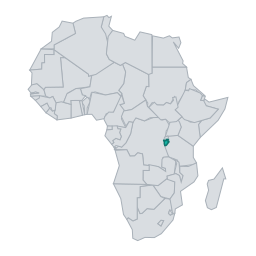 Burundi on a map of Africa (Mercator projection)
{"feature_id": "BDI", "entity_name": "Burundi", "entity_type": "country or territory", "adm_level": 0, "iso_a3": "BDI", "parent_name": "Africa", "parent_adm1": "", "projection": "mercator", "projection_center": [29.996, -3.384], "detail": "fine", "context": "in_parent", "style": "filled", "palette": "teal", "viewbox_px": 256, "rotation_deg": 0, "n_neighbors": 49, "source": "natural_earth", "source_scale": "50m", "svg_char_len": 10632}
<svg xmlns="http://www.w3.org/2000/svg" viewBox="0 0 256 256"><path d="M177.9,135.4L193.3,146.2L193.3,157.4L196.5,162.8L194.2,164.5L179.8,166.3L177.4,160.1L168.7,156.9L165.4,151.6L164.6,145.7L168.7,142.4L167.8,135.9L177.9,135.4Z" fill="#d9dde1" stroke="#a8b0b8" stroke-width="1"/><path d="M54.1,49.7L54.1,54.6L44.5,54.5L44.6,62.7L41.9,62.9L41.7,69.1L29.7,70.1L41.2,48.8L54.1,49.7Z" fill="#d9dde1" stroke="#a8b0b8" stroke-width="1"/><path d="M164.6,145.7L168.7,156.9L162.9,157.5L161.8,167.1L165.4,168.3L165.7,171.5L158.3,166.6L143.7,165.0L142.5,153.9L137.7,152.8L134.6,155.9L130.1,156.1L126.8,149.7L114.7,149.5L118.9,145.7L121.7,147.1L125.9,142.9L130.6,133.8L133.2,120.4L135.9,117.9L144.5,120.9L153.9,117.3L158.9,117.4L162.0,120.1L165.7,119.2L170.0,126.2L166.2,130.9L164.6,145.7Z" fill="#d9dde1" stroke="#a8b0b8" stroke-width="1"/><path d="M200.2,137.5L198.5,124.5L201.8,120.3L210.1,118.0L218.3,109.2L206.3,105.8L203.1,101.7L204.8,99.0L209.0,102.1L227.9,97.4L224.9,109.0L218.1,120.3L200.2,137.5Z" fill="#d9dde1" stroke="#a8b0b8" stroke-width="1"/><path d="M193.3,146.2L177.9,135.4L181.2,127.1L178.2,120.2L182.0,116.6L190.2,122.1L201.0,121.2L198.5,124.5L200.2,137.5L193.3,146.2Z" fill="#d9dde1" stroke="#a8b0b8" stroke-width="1"/><path d="M150.8,108.6L148.5,107.3L147.5,106.5L147.8,103.1L143.1,95.7L146.3,86.4L148.8,86.6L148.7,73.2L152.0,73.2L152.0,67.0L186.5,67.0L188.3,77.5L191.0,79.4L186.5,82.6L184.8,92.8L178.9,101.5L178.1,107.2L174.5,96.7L170.5,103.9L166.5,102.5L163.5,105.1L157.1,104.9L152.2,102.6L148.8,107.4L150.8,108.6Z" fill="#d9dde1" stroke="#a8b0b8" stroke-width="1"/><path d="M148.6,74.5L148.8,86.6L146.3,86.4L143.1,95.7L145.8,100.0L131.6,109.6L123.7,111.0L119.9,104.7L124.3,103.4L121.8,93.5L118.7,90.4L123.7,83.6L125.6,72.0L122.5,64.3L125.4,62.5L148.6,74.5Z" fill="#d9dde1" stroke="#a8b0b8" stroke-width="1"/><path d="M126.8,219.4L128.2,217.7L133.0,220.9L137.2,219.0L137.2,207.0L140.1,213.6L142.1,213.3L147.1,208.6L153.9,209.3L164.9,198.5L170.0,199.0L172.2,205.7L171.9,210.4L169.6,210.1L168.5,213.4L170.3,215.1L174.8,213.3L173.0,220.0L161.4,233.6L154.3,237.6L145.0,237.4L137.7,240.6L132.8,238.3L132.3,229.7L126.8,219.4ZM163.6,220.6L161.0,220.3L157.8,223.7L161.0,226.0L163.6,220.6Z" fill="#d9dde1" stroke="#a8b0b8" stroke-width="1"/><path d="M163.6,220.6L161.0,226.0L157.8,223.7L161.0,220.3L163.6,220.6Z" fill="#d9dde1" stroke="#a8b0b8" stroke-width="1"/><path d="M170.0,199.0L160.8,196.6L152.8,185.0L158.0,185.6L167.3,178.3L174.8,181.9L174.3,192.9L170.0,199.0Z" fill="#d9dde1" stroke="#a8b0b8" stroke-width="1"/><path d="M164.9,198.5L153.9,209.3L147.1,208.6L142.1,213.3L140.1,213.6L137.2,207.0L137.2,197.7L140.0,197.6L140.1,186.6L152.8,185.0L160.8,196.6L164.9,198.5Z" fill="#d9dde1" stroke="#a8b0b8" stroke-width="1"/><path d="M137.2,197.7L137.2,219.0L133.0,220.9L128.2,217.7L126.8,219.4L123.5,214.5L120.8,198.6L113.4,183.7L152.2,184.5L140.1,186.6L140.0,197.6L137.2,197.7Z" fill="#d9dde1" stroke="#a8b0b8" stroke-width="1"/><path d="M30.7,92.7L28.1,89.3L32.4,84.1L36.9,83.6L43.9,89.6L45.8,96.1L30.8,96.3L30.3,94.0L39.1,93.0L30.7,92.7Z" fill="#d9dde1" stroke="#a8b0b8" stroke-width="1"/><path d="M45.8,96.1L43.9,89.6L45.4,87.3L63.2,87.0L60.5,57.6L65.0,57.6L88.5,74.2L88.5,76.1L91.7,75.8L89.9,86.8L76.2,88.5L67.7,93.1L63.6,102.3L56.0,102.8L52.8,96.5L49.8,97.9L45.8,96.1Z" fill="#d9dde1" stroke="#a8b0b8" stroke-width="1"/><path d="M29.7,70.1L41.7,69.1L41.9,62.9L44.6,62.7L44.5,54.5L54.1,54.6L54.1,49.7L65.0,57.6L60.5,57.6L63.2,87.0L45.4,87.3L43.9,89.6L36.9,83.6L31.4,85.0L32.0,72.9L29.7,70.1Z" fill="#d9dde1" stroke="#a8b0b8" stroke-width="1"/><path d="M87.1,114.4L84.7,114.7L84.2,105.9L81.6,102.0L87.6,96.7L90.4,101.2L87.2,107.8L87.1,114.4Z" fill="#d9dde1" stroke="#a8b0b8" stroke-width="1"/><path d="M122.5,64.3L125.6,72.0L123.7,83.6L118.7,90.4L121.8,93.5L120.6,96.0L117.4,92.7L105.5,95.0L95.1,91.9L91.3,92.9L89.8,98.5L82.3,94.9L80.4,88.7L89.9,86.8L91.7,75.8L114.2,62.3L120.4,65.4L122.5,64.3Z" fill="#d9dde1" stroke="#a8b0b8" stroke-width="1"/><path d="M87.1,114.4L92.0,92.2L105.5,95.0L117.4,92.7L121.7,97.2L113.5,112.2L106.2,113.8L104.0,118.7L96.5,120.2L91.9,114.3L87.1,114.4Z" fill="#d9dde1" stroke="#a8b0b8" stroke-width="1"/><path d="M121.5,94.9L124.3,103.4L119.9,104.7L124.2,110.2L121.4,118.8L125.7,127.6L107.4,126.0L104.0,119.5L104.8,116.6L108.7,112.1L113.5,112.2L121.5,94.9Z" fill="#d9dde1" stroke="#a8b0b8" stroke-width="1"/><path d="M81.9,100.4L84.7,114.7L82.4,115.3L79.2,101.3L81.9,100.4Z" fill="#d9dde1" stroke="#a8b0b8" stroke-width="1"/><path d="M79.4,100.4L82.4,115.3L71.0,118.1L70.8,100.5L79.4,100.4Z" fill="#d9dde1" stroke="#a8b0b8" stroke-width="1"/><path d="M56.0,102.8L61.3,101.8L71.1,104.4L71.0,118.1L56.9,119.9L57.3,116.0L54.3,113.7L56.0,102.8Z" fill="#d9dde1" stroke="#a8b0b8" stroke-width="1"/><path d="M39.5,95.7L49.8,97.9L52.8,96.5L56.0,102.8L55.2,110.2L52.5,111.3L50.9,107.7L48.8,108.2L47.0,103.2L40.8,106.6L35.3,100.3L39.5,95.7Z" fill="#d9dde1" stroke="#a8b0b8" stroke-width="1"/><path d="M30.8,96.3L39.5,95.7L39.3,98.0L35.3,100.3L30.8,96.3Z" fill="#d9dde1" stroke="#a8b0b8" stroke-width="1"/><path d="M54.8,110.2L54.3,113.7L57.3,116.0L56.9,119.9L46.0,112.8L49.6,108.1L52.5,111.3L54.8,110.2Z" fill="#d9dde1" stroke="#a8b0b8" stroke-width="1"/><path d="M40.8,106.6L47.0,103.2L49.6,108.1L46.0,112.8L40.8,106.6Z" fill="#d9dde1" stroke="#a8b0b8" stroke-width="1"/><path d="M63.6,102.3L66.9,93.8L76.2,88.5L80.4,88.7L82.3,94.9L85.6,95.6L81.9,100.4L70.8,100.5L71.1,104.4L63.6,102.3Z" fill="#d9dde1" stroke="#a8b0b8" stroke-width="1"/><path d="M158.9,117.4L150.3,117.7L144.5,120.9L135.9,117.9L133.0,122.4L129.1,121.7L125.9,126.0L121.4,116.7L123.7,111.0L131.6,109.6L145.8,100.0L147.5,106.5L158.9,117.4Z" fill="#d9dde1" stroke="#a8b0b8" stroke-width="1"/><path d="M133.0,122.4L130.6,133.8L125.9,142.9L121.7,147.1L116.0,145.5L114.0,147.3L111.6,144.2L113.8,142.6L112.7,140.6L115.9,138.3L120.0,139.8L121.3,136.5L119.6,132.5L120.8,129.1L117.9,128.8L117.3,126.0L125.7,127.6L129.1,121.7L133.0,122.4Z" fill="#d9dde1" stroke="#a8b0b8" stroke-width="1"/><path d="M112.1,126.0L117.0,125.8L117.9,128.8L120.8,129.1L119.6,132.5L121.3,136.5L120.0,139.8L115.9,138.3L112.7,140.6L113.8,142.6L111.6,144.2L104.9,135.8L106.9,129.7L112.1,129.5L112.1,126.0Z" fill="#d9dde1" stroke="#a8b0b8" stroke-width="1"/><path d="M107.4,126.0L112.1,126.0L112.1,129.5L106.9,129.7L107.4,126.0Z" fill="#d9dde1" stroke="#a8b0b8" stroke-width="1"/><path d="M168.7,156.9L175.9,160.9L174.4,172.9L175.9,173.6L167.1,176.1L167.3,178.3L158.0,185.6L146.8,184.4L143.0,180.0L143.1,170.4L149.1,170.5L148.8,164.6L158.3,166.6L165.7,171.5L165.4,168.3L161.8,167.1L162.0,159.4L163.7,157.1L168.7,156.9Z" fill="#d9dde1" stroke="#a8b0b8" stroke-width="1"/><path d="M174.6,159.6L179.0,162.3L179.8,172.5L183.1,175.6L181.2,182.2L179.5,175.6L174.4,172.9L176.7,163.4L174.6,159.6Z" fill="#d9dde1" stroke="#a8b0b8" stroke-width="1"/><path d="M179.8,166.3L188.3,166.5L196.5,162.8L197.9,175.8L194.0,181.9L180.5,191.3L182.4,204.9L175.3,208.9L174.8,213.3L172.6,213.3L170.0,199.0L174.3,192.9L174.8,181.9L167.5,179.4L167.1,176.1L175.9,173.6L179.5,175.6L181.2,182.2L183.1,175.6L179.8,172.5L179.8,166.3Z" fill="#d9dde1" stroke="#a8b0b8" stroke-width="1"/><path d="M172.6,213.3L170.3,215.1L168.5,213.4L169.6,210.1L172.6,213.3Z" fill="#d9dde1" stroke="#a8b0b8" stroke-width="1"/><path d="M114.0,147.3L116.0,147.1L114.7,149.5L114.0,147.3ZM115.1,150.4L126.8,149.7L130.1,156.1L134.6,155.9L137.7,152.8L142.5,153.9L143.7,165.0L149.2,165.5L149.1,170.5L143.1,170.4L143.0,180.0L146.8,184.4L113.4,183.7L119.3,165.7L115.1,150.4Z" fill="#d9dde1" stroke="#a8b0b8" stroke-width="1"/><path d="M222.4,167.9L225.8,178.9L223.8,178.9L216.3,207.5L211.4,209.7L207.4,207.7L205.4,200.6L208.6,190.2L207.2,184.0L208.6,180.4L214.0,179.1L222.4,167.9Z" fill="#d9dde1" stroke="#a8b0b8" stroke-width="1"/><path d="M30.3,94.0L35.5,91.8L39.1,93.0L30.3,94.0Z" fill="#d9dde1" stroke="#a8b0b8" stroke-width="1"/><path d="M106.9,40.0L101.2,27.0L103.8,16.8L107.0,15.4L108.9,17.6L111.4,16.3L108.8,26.2L112.7,30.4L106.9,40.0Z" fill="#d9dde1" stroke="#a8b0b8" stroke-width="1"/><path d="M54.1,49.7L54.1,44.9L75.5,33.4L73.0,23.2L75.8,21.3L83.6,18.1L103.8,16.8L101.2,27.0L105.6,33.9L107.8,43.0L106.4,53.9L109.3,59.5L114.2,62.3L95.8,74.5L88.5,76.1L88.5,74.2L54.1,49.7Z" fill="#d9dde1" stroke="#a8b0b8" stroke-width="1"/><path d="M185.2,90.2L186.5,82.6L191.0,79.4L193.5,85.7L204.6,95.4L202.5,95.8L195.7,89.9L185.2,90.2Z" fill="#d9dde1" stroke="#a8b0b8" stroke-width="1"/><path d="M41.2,48.8L51.5,41.3L52.3,32.3L59.2,27.0L62.1,21.1L73.0,23.2L75.5,33.4L54.1,44.9L54.1,48.8L41.2,48.8Z" fill="#d9dde1" stroke="#a8b0b8" stroke-width="1"/><path d="M186.5,67.0L152.0,67.0L152.5,35.8L163.4,38.1L169.4,35.8L172.3,37.9L179.0,37.0L180.9,42.7L178.6,48.3L173.3,41.9L183.1,60.9L182.6,63.5L186.5,67.0Z" fill="#d9dde1" stroke="#a8b0b8" stroke-width="1"/><path d="M151.8,34.6L152.0,73.2L148.6,74.5L125.4,62.5L120.4,65.4L109.3,59.5L106.4,53.9L108.2,36.4L112.7,30.4L123.6,33.4L125.0,36.4L134.8,40.2L140.0,31.9L151.8,34.6Z" fill="#d9dde1" stroke="#a8b0b8" stroke-width="1"/><path d="M218.3,109.2L210.1,118.0L194.3,122.6L184.5,119.6L175.1,109.9L185.2,90.2L188.6,90.8L189.5,88.6L200.3,93.1L202.5,95.8L200.7,100.3L203.7,100.6L206.3,105.8L218.3,109.2Z" fill="#d9dde1" stroke="#a8b0b8" stroke-width="1"/><path d="M202.5,95.8L205.3,96.3L203.7,100.6L200.7,100.3L202.5,95.8Z" fill="#d9dde1" stroke="#a8b0b8" stroke-width="1"/><path d="M177.9,135.4L165.3,136.5L170.2,121.6L178.2,120.2L179.6,122.3L181.2,127.1L177.9,135.4Z" fill="#d9dde1" stroke="#a8b0b8" stroke-width="1"/><path d="M167.8,135.9L168.8,139.2L163.7,140.9L164.5,137.3L167.8,135.9Z" fill="#d9dde1" stroke="#a8b0b8" stroke-width="1"/><path d="M169.0,122.4L165.7,119.2L160.7,119.8L148.8,107.4L154.3,102.2L157.1,104.9L163.5,105.1L166.5,102.5L170.5,103.9L173.5,100.2L172.6,97.5L175.9,96.9L178.1,107.2L175.1,109.9L182.0,116.6L176.4,121.6L169.0,122.4Z" fill="#d9dde1" stroke="#a8b0b8" stroke-width="1"/><path d="M168.2,139.6L167.8,140.2L167.8,140.3L167.9,140.6L167.8,140.8L167.8,141.0L168.0,141.1L168.3,141.1L168.6,141.3L168.8,141.3L168.9,141.5L168.9,141.9L168.8,142.1L168.5,142.2L168.4,142.3L168.4,142.5L168.1,142.8L167.8,143.0L167.7,143.2L167.7,143.5L167.3,143.8L167.1,144.2L167.0,144.5L166.4,145.1L165.9,145.5L165.7,145.6L164.8,145.5L164.7,145.1L164.6,144.5L164.3,144.0L164.3,143.8L164.3,143.3L164.3,142.7L164.3,142.4L164.3,142.1L164.3,141.7L164.1,141.2L163.8,140.9L163.7,140.7L163.7,140.3L163.8,140.2L164.2,140.2L164.5,140.4L164.7,140.7L164.8,140.8L165.0,140.8L165.5,140.7L165.9,140.6L166.2,140.5L166.2,140.3L166.3,140.0L166.3,139.4L166.5,139.4L166.8,139.6L167.0,139.6L167.2,139.4L167.3,139.4L167.7,139.3L168.0,139.5L168.2,139.6Z" fill="#14b8a6" stroke="#0f766e" stroke-width="1.5"/></svg>